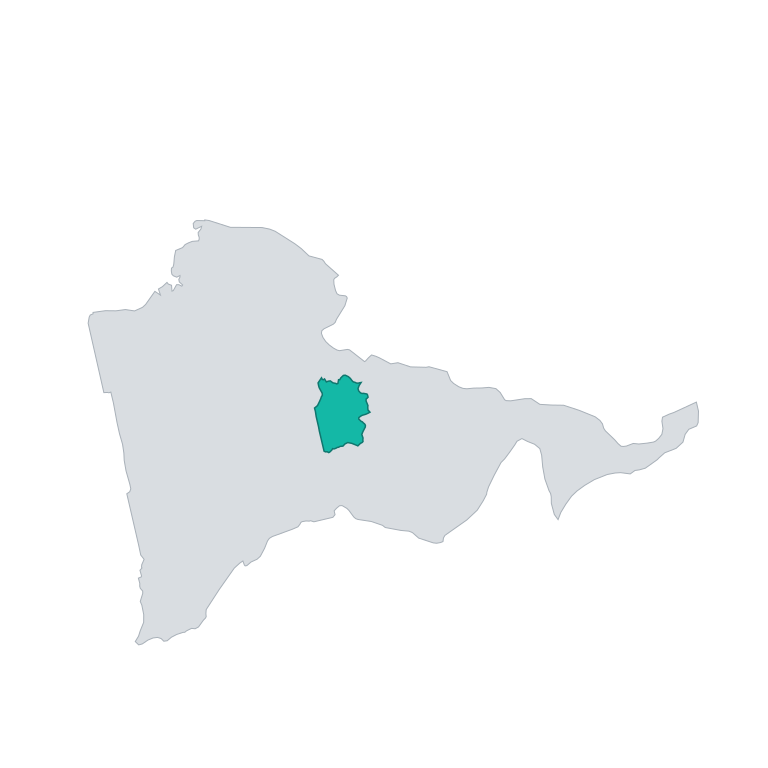 location of Djerem, Adamaoua, Cameroon, rotated 77°
{"feature_id": "32672807B72380332498823", "entity_name": "Djerem", "entity_type": "district", "adm_level": 2, "iso_a3": "CMR", "parent_name": "Cameroon", "parent_adm1": "Adamaoua", "projection": "orthographic", "projection_center": [12.686, 6.508], "detail": "fine", "context": "in_parent", "style": "filled", "palette": "teal", "viewbox_px": 768, "rotation_deg": 77, "n_neighbors": 0, "source": "geoboundaries", "source_scale": "gbopen_adm2", "svg_char_len": 5123}
<svg xmlns="http://www.w3.org/2000/svg" viewBox="0 0 768 768"><g transform="rotate(77 384 384)"><path d="M183.8,521.7L185.4,517.6L196.8,498.4L204.1,467.7L207.4,460.5L210.7,455.7L227.2,439.4L233.4,434.2L242.3,428.3L248.7,416.3L250.8,415.0L253.6,414.0L267.8,403.9L269.0,405.9L269.9,408.3L271.0,409.5L275.6,410.3L281.9,410.2L285.5,409.5L287.4,407.5L289.4,401.8L290.5,400.8L292.0,400.5L298.9,404.5L310.2,415.7L313.0,417.7L314.3,419.9L316.7,430.0L318.1,432.6L320.6,433.6L325.0,433.0L329.6,431.2L333.6,428.6L337.6,425.2L340.3,422.2L341.5,420.0L342.1,411.7L343.0,409.9L357.8,397.9L357.4,396.7L355.0,393.3L352.9,389.6L355.1,385.8L357.3,382.8L365.9,372.9L366.4,365.6L373.3,354.3L377.2,339.2L377.3,336.3L386.2,319.8L395.6,318.3L399.2,316.0L403.4,311.9L406.0,308.1L407.3,304.4L408.2,297.4L409.9,289.5L410.9,282.5L413.7,276.0L418.4,272.7L426.5,270.0L427.7,268.7L428.9,264.4L430.0,250.1L431.4,243.8L438.9,236.7L442.2,225.5L445.1,213.8L453.6,199.7L463.5,185.6L468.1,181.8L472.0,180.1L476.5,179.9L479.5,178.8L490.2,171.8L494.7,169.4L498.0,167.0L498.7,164.8L499.0,161.8L498.0,154.5L499.8,149.2L500.8,140.9L501.2,134.5L500.8,132.3L498.8,128.6L495.6,124.6L490.2,122.2L482.8,121.6L479.0,120.1L477.5,112.8L477.0,108.1L471.9,83.7L481.2,83.7L492.3,86.6L495.2,88.8L496.7,97.2L500.8,101.9L507.9,105.8L512.4,113.8L514.2,126.0L518.2,133.3L519.1,134.5L524.8,148.3L525.1,154.6L524.7,158.9L527.0,164.3L523.6,173.4L522.7,178.9L522.4,186.8L524.5,200.6L527.9,211.2L531.6,219.9L535.5,226.5L542.0,233.9L548.9,240.6L555.3,244.9L549.4,247.4L538.0,247.8L531.4,246.4L528.2,246.3L525.0,247.2L512.8,248.6L500.4,248.0L488.9,246.4L482.0,246.7L476.6,250.8L472.3,257.0L468.2,261.9L469.7,267.3L472.8,270.3L478.7,276.9L484.1,283.3L486.8,287.6L497.5,297.0L507.8,305.3L512.7,308.2L514.5,308.8L520.1,313.6L527.9,321.5L535.1,333.9L545.2,358.7L547.4,360.7L550.8,362.0L551.2,364.6L551.0,368.5L549.9,371.7L542.0,384.8L535.1,389.8L533.0,392.8L530.5,400.4L524.1,415.1L521.4,417.2L515.1,427.3L510.1,439.9L508.8,441.9L506.7,443.4L499.3,446.6L496.9,448.1L493.1,452.1L492.6,454.7L494.4,458.2L496.4,461.1L500.3,461.1L502.4,463.8L502.5,483.3L500.7,486.3L500.8,487.6L499.9,490.9L499.7,494.7L500.2,496.2L501.7,497.4L503.8,500.0L504.9,506.0L507.5,527.1L508.6,530.4L510.7,532.8L517.2,537.3L524.0,543.2L526.2,547.1L527.5,553.5L530.1,558.5L530.0,560.2L528.9,560.8L524.7,561.3L526.1,564.9L529.7,571.3L547.1,590.7L563.8,608.0L567.7,609.2L570.7,609.6L571.9,610.6L573.5,613.1L579.0,619.4L580.0,623.1L578.8,626.5L580.1,632.0L581.1,633.9L580.8,635.7L581.4,642.3L582.9,648.1L585.4,653.0L585.1,656.4L581.9,658.4L580.0,661.6L579.5,666.1L580.4,671.6L582.9,678.0L583.0,681.7L579.0,684.3L574.5,679.9L569.6,677.0L562.2,671.8L554.7,670.0L545.1,669.7L541.0,670.4L533.8,666.2L531.5,665.7L528.3,667.4L526.1,667.5L523.4,666.8L517.9,667.0L517.4,664.0L516.5,663.4L510.6,663.7L508.8,661.2L508.0,661.5L505.6,660.7L500.9,657.2L495.9,659.5L485.5,659.3L433.1,659.3L431.8,656.0L429.2,654.3L424.5,654.2L410.6,654.9L399.9,654.3L392.8,653.0L383.9,652.3L372.9,652.9L361.6,652.8L341.5,651.9L330.4,652.0L330.7,654.0L330.0,655.4L329.4,658.9L258.2,658.6L252.5,656.2L250.7,654.7L250.2,651.7L248.8,651.4L249.9,639.0L252.4,628.7L253.3,619.2L256.7,610.6L255.0,602.1L252.9,598.4L242.2,586.4L247.1,581.8L240.7,582.4L239.3,578.0L236.2,572.6L238.1,571.7L240.0,568.8L245.8,569.7L245.6,568.3L240.6,563.8L241.1,561.5L243.2,559.0L242.2,557.9L238.5,560.5L235.9,560.4L233.9,558.7L232.4,558.4L233.3,561.9L231.2,564.9L229.3,566.0L226.0,565.8L223.3,565.0L222.6,563.3L220.0,561.9L212.9,559.6L207.0,556.9L205.8,549.6L203.4,546.4L202.5,542.8L201.9,538.7L202.8,532.5L201.3,531.5L199.5,531.1L197.0,531.4L194.6,531.0L191.8,527.5L189.3,526.2L190.8,532.6L189.0,534.3L184.7,533.8L182.9,531.4L182.6,529.6L184.6,521.9L183.8,521.7Z" fill="#d9dde1" stroke="#a8b0b8" stroke-width="1"/><path d="M436.0,457.5L437.0,456.2L437.2,454.6L438.4,453.3L438.2,452.4L438.0,452.0L437.6,451.4L436.8,449.9L435.4,448.6L436.0,447.4L435.8,445.3L435.3,443.9L435.4,442.4L434.9,440.8L435.3,438.0L433.6,435.5L432.9,432.5L434.6,428.7L437.9,424.0L438.2,423.6L438.4,423.4L436.6,420.4L436.0,418.3L435.3,417.4L433.7,417.2L431.9,416.6L428.0,417.0L427.6,416.6L425.6,415.2L423.7,413.6L421.7,411.9L420.0,411.4L418.5,411.9L417.4,412.8L416.0,413.6L415.2,414.7L414.1,415.4L413.5,415.8L412.5,416.5L411.1,416.1L410.3,414.5L409.6,412.4L409.4,408.7L408.9,406.1L408.3,404.0L405.6,405.5L402.7,405.0L401.4,404.5L396.4,405.3L394.5,404.7L394.1,403.7L393.3,402.5L391.0,402.5L389.9,402.9L389.2,404.5L388.5,406.1L388.3,407.5L387.4,408.9L385.1,410.2L382.7,410.4L379.9,408.6L377.4,406.0L377.3,407.4L377.4,408.9L376.9,410.6L375.9,411.8L375.7,412.1L375.1,413.4L374.1,414.1L372.7,414.8L371.0,415.5L368.8,417.1L366.7,419.8L366.5,421.7L368.3,424.7L369.9,426.2L369.6,427.3L373.1,428.8L373.3,430.1L372.6,430.8L371.4,433.5L368.9,435.6L368.7,437.8L369.0,439.7L367.5,440.2L365.7,440.8L366.2,442.2L365.7,443.1L364.3,443.4L363.9,443.5L368.1,448.0L370.7,448.1L373.0,448.0L376.6,447.0L378.9,446.3L381.1,446.6L382.4,447.9L383.9,448.8L386.2,450.5L389.9,453.5L390.6,454.6L391.8,457.1L395.3,457.0L400.5,457.4L404.6,457.4L411.1,457.4L415.5,457.6L436.0,457.5Z" fill="#14b8a6" stroke="#0f766e" stroke-width="1.5"/></g></svg>